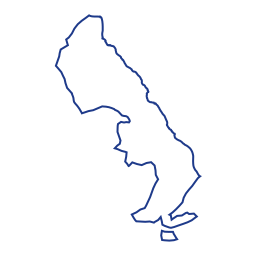 Kota Gunungsitoli, Sumatera Utara, Indonesia
{"feature_id": "22746128B74256869593133", "entity_name": "Kota Gunungsitoli", "entity_type": "district", "adm_level": 2, "iso_a3": "IDN", "parent_name": "Indonesia", "parent_adm1": "Sumatera Utara", "projection": "albers", "projection_center": [97.596, 1.252], "detail": "fine", "context": "isolated", "style": "outline", "palette": "blue", "viewbox_px": 256, "rotation_deg": 0, "n_neighbors": 0, "source": "geoboundaries", "source_scale": "gbopen_adm2", "svg_char_len": 5610}
<svg xmlns="http://www.w3.org/2000/svg" viewBox="0 0 256 256"><path d="M200.1,176.3L199.9,176.2L198.8,175.4L198.6,174.9L197.9,173.9L196.6,171.5L195.5,170.3L195.0,169.6L194.6,168.8L194.2,168.0L193.7,166.8L193.4,165.5L193.3,164.7L193.2,163.6L193.1,161.1L193.2,157.4L193.2,156.1L193.1,155.2L193.0,154.9L192.9,154.6L192.9,154.3L192.5,152.8L192.3,152.4L192.2,151.9L191.8,151.1L190.9,149.5L190.3,148.7L189.8,148.1L188.5,147.0L187.8,146.4L187.3,146.1L186.8,145.7L186.2,145.4L185.3,145.0L184.7,144.6L184.3,144.3L184.0,143.9L183.2,143.5L182.8,143.1L181.5,141.8L180.5,141.1L179.6,140.6L179.2,140.5L178.6,140.2L177.6,139.7L176.9,139.3L176.3,138.8L175.5,138.2L175.0,137.7L174.9,137.5L174.6,136.1L174.5,135.7L174.4,135.3L174.5,134.9L174.8,134.5L174.8,133.9L174.7,133.7L174.3,133.6L173.7,133.3L173.4,133.0L173.2,132.8L173.1,132.7L172.9,132.3L172.7,132.2L172.0,131.7L171.8,131.5L171.8,130.9L171.7,130.8L171.3,130.5L171.1,130.0L171.0,129.8L170.7,129.7L170.4,129.6L170.2,129.5L169.6,129.0L169.3,128.5L169.2,128.5L168.9,128.4L168.8,127.8L168.6,127.7L168.1,127.1L167.4,125.8L167.2,125.6L167.0,125.3L166.9,124.8L166.9,124.7L167.1,124.5L167.2,124.0L167.2,122.8L167.2,122.3L167.1,121.9L166.6,120.7L166.2,119.9L164.9,116.8L164.3,115.6L163.6,115.0L162.7,113.9L162.4,113.6L162.3,113.3L161.4,111.9L160.5,110.6L160.4,110.4L160.1,109.9L159.6,109.1L159.3,108.3L159.0,107.8L158.7,107.3L158.4,107.0L157.8,105.8L157.5,105.5L157.1,105.1L156.3,104.5L155.8,103.6L155.6,103.5L155.4,103.4L155.2,103.6L154.9,103.7L154.5,103.7L154.4,103.4L154.2,103.2L153.8,102.6L153.5,102.6L153.3,102.6L153.0,102.6L152.3,102.5L151.8,102.4L151.5,102.2L151.3,102.2L151.0,102.2L150.6,102.2L150.0,102.1L149.5,101.8L148.6,101.2L148.1,100.8L147.8,100.4L147.7,100.1L147.6,99.4L147.4,98.9L147.2,98.6L147.0,98.2L147.1,97.8L146.7,96.9L146.7,96.4L146.7,95.8L146.7,95.4L146.9,95.1L146.8,93.8L146.8,93.6L147.0,93.5L147.1,93.0L147.5,92.5L147.6,92.3L148.1,92.0L148.3,92.0L148.4,91.8L148.3,91.6L148.2,91.4L147.9,90.5L147.8,90.2L147.6,90.1L147.6,89.8L147.5,89.7L147.5,89.2L147.3,88.9L146.9,88.4L146.5,88.3L146.2,87.8L145.9,87.6L145.5,87.1L145.2,86.5L145.0,86.0L144.5,85.4L143.8,84.9L143.3,84.9L143.0,84.7L142.2,83.7L142.0,83.2L141.8,82.6L141.8,82.2L141.9,81.1L141.7,80.2L141.5,79.7L141.1,79.3L140.9,78.8L140.8,78.6L140.5,77.9L140.3,77.5L139.6,76.6L139.1,76.1L138.4,75.6L138.3,75.4L138.0,75.1L137.8,74.9L137.6,74.7L137.2,74.0L136.5,73.3L136.5,73.0L136.3,72.7L136.0,72.4L135.7,72.2L135.4,72.0L134.5,71.6L133.9,71.6L133.6,71.6L132.9,71.2L132.1,70.4L131.8,69.8L131.7,69.4L131.4,69.2L130.1,68.1L129.5,67.8L129.1,67.6L128.2,67.1L126.9,66.4L126.6,66.2L126.4,65.9L126.1,65.3L125.7,64.8L125.4,64.3L125.2,63.8L124.8,63.3L124.5,62.8L124.2,61.9L123.9,61.5L123.2,60.1L122.6,59.9L122.4,59.7L122.4,59.4L121.1,58.0L121.0,57.8L121.0,57.3L120.8,57.0L120.8,56.9L120.2,56.3L119.7,55.9L119.4,55.7L119.2,55.6L118.9,55.4L118.3,55.0L118.0,54.7L117.2,54.1L116.9,53.8L116.5,53.3L116.1,52.2L116.1,51.9L115.9,51.2L115.8,50.7L115.7,50.5L115.7,50.3L115.7,50.1L115.7,49.7L115.7,49.4L115.1,48.2L114.8,47.7L114.7,47.6L114.3,47.1L114.0,46.8L113.8,46.5L113.7,46.4L113.4,46.3L113.3,46.2L113.1,46.2L112.1,46.0L112.0,45.9L111.4,45.8L111.1,45.8L110.4,45.2L110.0,45.0L109.8,45.0L109.6,45.2L109.3,45.4L109.1,45.5L108.6,45.2L108.3,45.0L108.2,45.0L107.9,45.2L107.6,45.1L107.4,44.9L106.9,44.1L106.6,43.6L106.5,43.4L106.4,43.3L106.1,42.5L105.4,41.6L105.3,41.4L105.4,41.2L105.6,41.3L105.6,41.2L105.6,40.8L105.6,40.6L105.1,40.0L104.7,39.6L104.1,39.2L103.6,38.9L103.0,38.7L102.6,38.6L102.4,38.5L102.4,38.3L102.4,38.2L102.6,38.1L102.8,37.7L102.7,37.2L102.3,35.9L102.3,35.4L102.2,34.0L102.3,32.9L102.7,30.7L102.7,29.1L102.7,26.5L102.6,24.0L102.3,21.1L102.1,20.2L101.9,19.2L101.4,17.7L101.2,17.4L100.9,17.4L100.7,17.4L100.4,17.3L100.4,17.1L100.4,16.9L100.2,16.6L99.9,16.5L99.1,16.6L95.6,16.5L93.9,16.5L92.3,16.4L91.2,16.2L90.1,15.9L89.1,15.4L85.9,17.8L81.7,20.8L77.8,24.2L74.4,28.6L71.9,33.5L68.8,37.5L66.2,39.5L67.3,43.3L67.9,45.2L60.7,49.5L59.7,53.1L59.2,56.4L55.9,65.8L58.2,68.4L61.3,72.1L63.0,75.8L64.6,79.0L65.5,83.1L67.1,87.9L71.8,93.2L71.7,93.3L72.2,94.6L72.7,95.8L73.3,97.5L73.5,98.6L73.7,100.3L74.0,101.7L74.5,102.6L75.8,104.2L76.8,105.3L77.9,106.7L79.4,108.8L80.0,109.9L80.5,110.6L80.8,111.3L81.5,112.4L81.9,113.3L84.7,112.4L88.5,111.1L93.2,110.2L102.2,106.4L106.1,106.7L108.9,107.2L111.5,108.0L114.2,109.1L115.0,109.9L116.9,110.7L118.4,111.6L121.9,115.4L123.6,115.9L126.1,116.2L127.6,117.0L129.2,119.4L129.8,121.1L129.0,122.4L126.3,122.1L124.0,122.5L121.0,121.9L119.6,122.9L118.0,124.0L117.7,125.8L117.6,128.0L117.5,131.9L120.5,140.5L119.8,143.8L117.3,145.6L114.8,148.3L117.5,149.1L121.6,150.9L125.2,151.8L126.6,152.3L126.2,156.7L125.2,161.6L127.1,163.7L128.6,166.0L129.1,165.8L132.3,162.4L136.9,164.0L141.7,165.1L146.5,163.0L148.2,162.7L150.1,162.4L151.1,162.2L154.6,165.5L155.5,170.3L155.8,174.9L158.1,179.3L155.5,183.5L153.3,188.2L150.1,197.1L146.1,205.7L144.7,208.1L140.4,209.5L136.5,212.3L131.8,214.5L133.5,217.5L135.1,220.0L136.3,221.3L145.2,221.8L149.8,221.5L153.9,222.6L154.1,222.3L158.2,220.0L160.7,217.0L161.8,221.3L162.4,224.7L164.8,225.9L169.3,227.5L171.0,227.8L174.2,227.0L178.7,225.4L183.1,223.9L187.5,222.3L191.7,220.3L195.4,217.5L196.8,216.5L193.9,213.6L189.1,214.0L187.2,212.6L185.8,213.0L181.9,215.5L177.1,215.9L173.2,218.5L171.6,219.7L170.8,215.3L169.5,214.7L172.5,212.5L176.0,209.3L179.3,205.9L182.5,202.3L183.7,197.7L186.0,193.4L189.1,189.5L192.2,186.0L194.9,182.2L197.9,178.1L200.1,176.3ZM164.7,231.7L161.9,230.8L161.2,235.4L162.1,240.0L164.7,240.3L169.3,240.6L173.9,240.2L177.1,239.2L176.2,237.9L173.7,233.8L173.0,231.9L169.4,231.9L164.7,231.7Z" fill="none" stroke="#1e3a8a" stroke-width="2"/></svg>